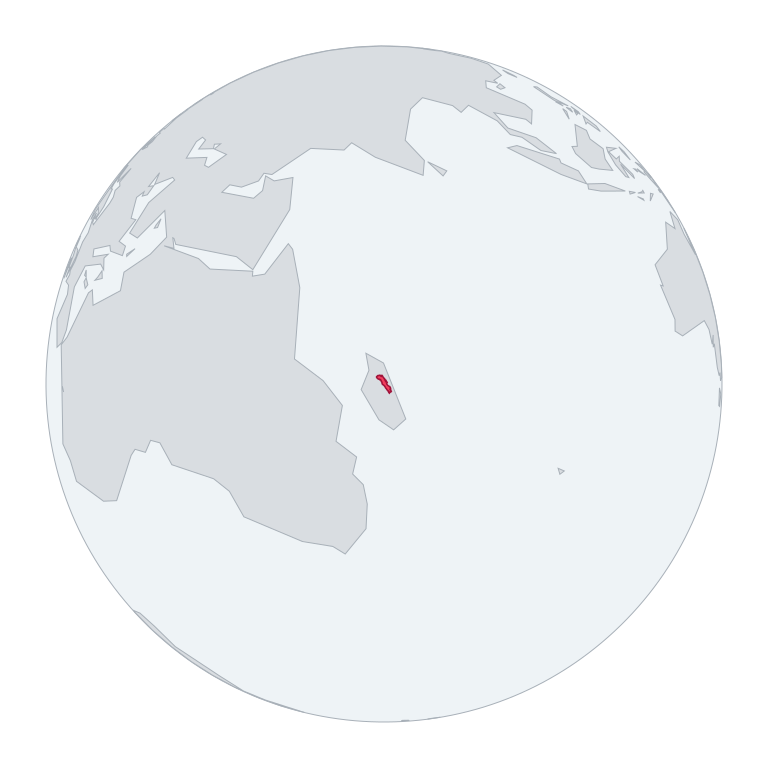 globe centered on Alaotra-Mangoro, rotated 320°
{"feature_id": "MDG-5860", "entity_name": "Alaotra-Mangoro", "entity_type": "Autonomous Province", "adm_level": 1, "iso_a3": "MDG", "parent_name": "Madagascar", "parent_adm1": "", "projection": "orthographic", "projection_center": [48.177, -18.018], "detail": "fine", "context": "on_globe", "style": "filled", "palette": "rose", "viewbox_px": 768, "rotation_deg": 320, "n_neighbors": 0, "source": "natural_earth", "source_scale": "10m", "svg_char_len": 7865}
<svg xmlns="http://www.w3.org/2000/svg" viewBox="0 0 768 768"><g transform="rotate(320 384 384)"><circle cx="384" cy="384" r="338" fill="#eef3f6" stroke="#a8b0b8"/><path d="M46.4,398.8L46.7,396.7L49.8,402.7L52.5,422.2L55.3,451.0L70.6,502.6L79.0,528.8L89.8,549.5L111.2,583.4L111.9,584.4L97.8,563.7L85.4,542.1L74.5,519.6L65.3,496.4L57.9,472.6L52.3,448.3L48.4,423.6L46.4,398.8ZM202.0,668.7L204.6,670.1L212.9,675.4L212.7,675.3L202.0,668.7ZM187.1,658.1L180.8,653.0L181.9,653.5L186.6,657.3L187.1,658.1ZM347.9,48.0L367.9,47.4L360.6,48.5L349.3,49.0L355.2,50.3L356.9,49.3L362.3,49.4L369.7,47.9L373.9,48.0L373.8,46.8L379.8,46.8L379.7,47.6L395.8,46.8L409.5,47.6L411.1,47.5L408.9,47.2L427.8,49.3L428.2,49.2L422.1,48.4L418.9,47.9L430.9,49.4L437.5,50.5L437.3,51.1L440.1,51.5L441.8,51.3L433.7,49.8L459.4,54.6L484.7,61.4L509.3,70.2L533.2,80.8L556.2,93.2L578.1,107.4L598.9,123.2L618.4,140.6L636.5,159.5L635.3,158.3L628.7,150.9L629.9,153.0L637.3,161.2L642.1,166.0L646.0,172.2L660.0,190.3L669.5,205.9L672.3,223.0L663.4,222.0L664.4,226.7L656.8,217.1L652.8,222.8L671.9,260.3L673.5,269.4L664.2,279.6L662.8,272.4L642.7,246.8L643.4,267.5L658.8,293.1L664.2,318.4L654.3,306.0L648.3,283.7L641.1,274.1L639.9,255.2L627.9,224.8L617.7,225.5L615.5,214.8L597.5,189.4L581.0,190.5L556.9,210.9L558.6,238.7L548.1,249.3L523.1,204.7L514.3,178.4L503.8,179.1L479.3,156.4L432.8,151.5L427.5,145.4L418.4,147.8L401.4,141.6L393.9,132.3L383.0,132.9L403.5,157.9L415.3,157.8L427.1,148.5L430.4,157.8L447.0,167.3L423.9,189.8L357.0,212.1L352.8,191.6L314.2,143.2L316.6,137.8L316.6,137.2L316.2,136.2L310.3,145.1L304.4,136.8L322.5,168.6L324.6,184.1L356.0,213.3L352.5,216.8L363.3,223.2L400.9,215.0L400.6,222.1L381.4,256.1L331.5,307.3L339.5,342.3L338.3,373.7L310.4,397.1L316.1,422.3L302.1,432.8L303.4,447.8L294.0,465.2L277.2,483.3L245.0,489.3L240.4,475.6L220.3,452.3L191.3,395.7L196.6,366.8L192.6,347.1L169.6,309.5L174.5,285.0L169.0,277.1L157.3,283.0L151.3,274.0L144.5,276.1L104.2,301.5L93.8,293.5L85.9,260.9L94.5,241.1L99.5,223.5L161.9,146.5L171.3,144.4L216.2,124.2L221.1,124.4L211.7,136.7L242.1,143.1L256.7,131.2L288.3,134.4L311.9,131.8L327.6,110.2L288.9,113.6L286.2,104.9L320.4,93.8L354.8,93.2L354.9,89.9L336.6,83.7L347.9,77.9L330.6,81.4L335.1,84.1L324.3,86.9L319.6,84.7L323.8,82.5L314.4,82.0L296.8,94.5L299.5,98.6L272.8,104.4L274.6,112.2L266.1,117.5L259.9,106.4L263.1,101.7L248.6,94.1L242.8,99.4L256.1,107.3L250.4,107.6L242.6,116.4L244.0,110.0L231.0,101.5L209.2,110.6L175.4,138.5L163.9,145.1L157.1,145.7L175.5,123.8L199.1,111.9L205.9,105.5L206.4,100.9L213.5,98.2L216.6,95.4L226.0,91.5L244.4,81.5L254.7,78.0L266.9,70.4L273.9,68.1L264.7,72.9L263.8,75.1L290.1,69.2L296.7,66.9L302.5,62.9L309.0,62.5L311.3,59.4L328.9,56.3L309.3,58.1L315.7,55.1L328.9,51.9L327.5,51.7L305.9,57.0L300.4,59.1L301.3,60.1L283.3,68.0L273.2,71.1L278.7,65.3L265.0,69.6L275.3,64.5L324.3,51.4L347.9,48.0ZM136.2,178.9L133.4,184.2L136.2,178.9ZM388.8,105.2L410.9,106.9L405.1,94.9L413.2,95.0L408.2,91.3L404.6,94.1L393.1,84.9L404.2,82.4L403.6,78.3L396.1,77.7L377.7,83.9L394.0,96.6L387.1,101.1L388.8,105.2ZM224.3,86.7L225.8,86.4L219.6,90.2L206.6,97.3L215.3,91.6L224.3,86.7ZM229.3,85.5L238.5,79.3L247.0,75.5L240.6,78.5L245.3,76.6L236.4,81.1L235.6,84.7L230.1,88.4L209.0,97.9L218.9,92.3L216.9,92.5L229.3,85.5ZM229.2,118.7L233.5,118.1L240.8,116.0L236.0,122.0L229.2,118.7ZM219.9,112.9L224.1,111.2L220.9,117.6L216.5,118.7L219.9,112.9ZM229.2,105.2L224.6,110.6L224.5,108.3L229.2,105.2ZM268.9,71.5L273.8,70.0L273.2,70.7L269.3,72.7L268.9,71.5ZM319.4,114.1L311.1,118.6L308.2,117.0L311.6,115.7L319.4,114.1ZM270.3,119.2L280.3,120.3L268.9,120.9L270.3,119.2ZM463.2,560.5L466.2,566.5L460.7,566.2L463.2,560.5ZM397.1,367.6L378.2,424.8L361.9,425.3L357.1,408.2L362.9,373.6L381.3,363.8L389.9,348.8L397.1,367.6ZM698.7,403.4L701.6,408.8L701.2,410.3L698.7,403.4ZM695.8,394.1L699.7,398.9L694.6,396.7L695.8,394.1ZM701.1,400.9L705.0,402.5L706.7,402.0L706.1,404.9L701.1,400.9ZM692.9,391.3L674.3,375.8L666.0,366.1L668.7,361.7L682.1,372.4L692.9,391.3ZM668.0,361.1L654.3,337.2L630.5,282.5L639.1,286.8L663.0,324.5L661.7,328.4L669.9,345.7L668.0,361.1ZM698.0,353.8L696.5,367.4L686.9,357.6L682.1,351.5L678.9,330.6L680.7,322.9L684.9,326.2L697.1,308.0L702.1,319.8L699.3,328.7L703.1,344.6L698.0,353.8ZM560.3,241.8L569.1,261.1L563.0,262.6L560.3,241.8ZM699.1,292.6L696.1,300.2L697.9,287.9L699.1,292.6ZM698.3,279.6L700.0,286.3L696.8,278.0L698.3,279.6ZM667.1,234.8L662.8,233.2L661.3,228.8L665.8,228.5L667.1,234.8ZM676.7,219.6L681.9,231.3L683.0,234.7L678.5,225.9L676.7,219.6ZM398.7,46.4L402.1,46.6L390.6,46.1L398.7,46.4ZM626.6,615.8L638.5,602.6L635.5,608.2L626.7,616.9L626.6,615.8ZM655.0,585.9L646.7,596.3L643.8,597.9L648.8,591.2L646.1,593.1L650.0,585.5L662.9,565.5L659.8,567.5L667.7,558.0L661.0,564.5L668.0,551.2L670.1,541.3L643.7,539.1L641.0,530.6L648.4,521.6L659.4,486.0L660.9,488.3L668.3,466.9L687.7,462.9L703.8,441.1L706.8,452.0L713.9,435.6L714.6,447.0L710.1,462.4L705.7,485.3L713.8,457.4L707.9,480.4L700.3,502.9L691.2,524.8L680.6,546.0L668.5,566.4L655.0,585.9ZM705.6,415.0L710.7,409.2L712.3,411.5L705.6,415.0ZM717.3,440.0L718.3,430.0L719.2,425.8L720.4,413.8L719.7,397.6L719.5,388.6L720.6,388.3L718.9,375.3L721.0,380.7L721.0,397.9L721.7,392.2L721.7,396.8L717.3,440.0ZM719.1,411.0L719.3,412.5L718.7,415.4L719.1,411.0ZM715.0,381.3L714.6,384.8L713.8,379.8L715.0,381.3ZM716.3,381.7L718.4,392.3L715.9,384.4L716.3,381.7ZM705.4,350.4L706.6,360.9L710.6,360.7L707.5,364.7L709.3,383.3L708.0,387.7L706.5,367.8L704.3,383.2L702.5,380.6L702.3,365.0L704.7,350.2L706.6,345.6L713.2,352.6L705.4,350.4ZM716.7,370.8L715.9,358.8L716.3,353.2L717.2,360.4L716.7,370.8ZM712.0,329.7L708.0,314.2L705.9,314.7L708.8,306.8L712.4,322.9L712.0,329.7ZM706.3,301.4L704.5,301.7L705.5,296.4L706.3,301.4ZM703.2,297.1L701.4,289.1L703.7,292.9L703.2,297.1ZM707.6,303.7L705.5,291.4L707.9,300.4L707.6,303.7ZM696.5,271.2L703.9,289.4L696.8,276.4L689.7,252.3L692.2,254.9L696.5,271.2Z" fill="#d9dde1" stroke="#a8b0b8" stroke-width="1"/><path d="M382.3,393.3L382.3,393.2L382.4,392.8L382.4,392.7L382.5,392.7L382.6,392.4L382.7,392.2L382.8,391.7L382.7,391.5L382.7,391.3L382.7,391.2L382.7,390.9L382.5,390.5L382.5,390.4L382.6,390.1L382.6,389.9L382.7,389.7L382.7,389.4L382.7,389.2L382.8,389.0L382.7,388.8L382.7,388.7L382.7,388.2L382.7,387.8L382.9,387.3L383.0,387.2L383.0,386.6L383.0,386.3L383.0,386.2L383.2,385.9L383.1,385.7L383.0,385.4L383.0,384.9L383.0,384.7L383.0,384.4L382.9,384.2L382.8,383.7L382.7,383.6L382.5,383.4L382.6,383.1L382.8,382.8L382.8,382.7L382.9,382.4L382.9,382.2L383.0,382.1L383.3,381.9L383.4,381.6L383.4,381.4L383.5,381.3L383.5,381.2L383.6,380.9L383.7,380.7L383.5,380.4L383.7,380.0L383.8,379.9L383.9,379.7L383.9,379.4L384.0,379.4L384.1,379.1L384.1,378.9L384.1,378.7L384.1,378.4L383.9,378.4L383.7,378.3L383.6,378.2L383.5,377.8L383.4,377.8L383.4,377.7L383.5,377.5L383.5,377.4L383.4,377.4L383.2,377.2L383.1,376.9L382.9,376.7L382.7,376.5L382.7,376.4L382.7,376.2L382.7,375.8L382.7,375.7L382.5,375.3L382.5,375.1L382.6,374.9L382.6,374.5L382.6,374.4L382.6,374.1L382.7,373.9L382.8,373.8L382.9,373.7L383.0,373.6L383.3,373.6L383.5,373.6L383.8,373.7L384.0,373.6L384.4,373.5L384.5,373.5L384.8,373.6L384.9,373.8L385.0,373.8L385.2,374.1L385.3,374.1L385.6,374.1L385.9,374.4L386.0,374.4L386.0,374.5L386.3,374.6L386.4,374.8L386.5,374.8L386.6,375.0L386.6,375.3L386.7,375.5L386.8,375.5L386.7,375.7L386.6,375.8L386.6,376.0L386.7,376.3L386.9,376.6L387.0,376.6L387.2,376.4L387.7,376.1L387.8,376.1L388.0,376.1L388.0,376.8L388.0,377.3L387.7,378.2L387.8,379.1L387.5,379.8L387.9,380.2L387.6,381.0L387.1,381.3L387.2,381.6L387.8,381.9L387.9,382.4L387.7,383.0L387.0,383.0L386.7,383.2L387.0,383.6L387.5,384.2L387.6,384.8L386.9,385.2L386.2,385.4L386.0,386.2L386.0,387.4L386.2,388.3L386.7,389.6L386.7,390.7L386.2,390.9L386.2,391.7L385.2,392.0L385.4,393.1L384.9,393.1L384.7,394.5L383.8,394.4L383.4,394.0L383.0,394.3L382.2,394.5L382.2,394.3L382.3,394.2L382.2,394.1L382.2,393.6L382.3,393.4L382.3,393.3Z" fill="#f43f5e" stroke="#9f1239" stroke-width="1.5"/></g></svg>